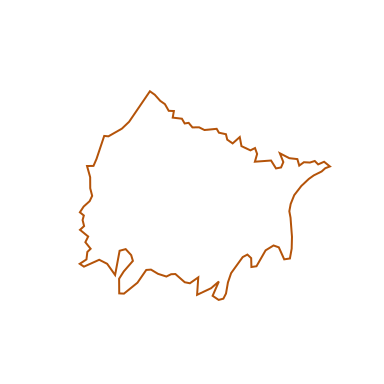 the district of Esperança do Sul, Rio Grande do Sul, Brazil, rotated 151°
{"feature_id": "56859067B78781577060325", "entity_name": "Esperança do Sul", "entity_type": "district", "adm_level": 2, "iso_a3": "BRA", "parent_name": "Brazil", "parent_adm1": "Rio Grande do Sul", "projection": "robinson", "projection_center": [-54.015, -27.331], "detail": "fine", "context": "isolated", "style": "outline", "palette": "amber", "viewbox_px": 384, "rotation_deg": 151, "n_neighbors": 0, "source": "geoboundaries", "source_scale": "gbopen_adm2", "svg_char_len": 1517}
<svg xmlns="http://www.w3.org/2000/svg" viewBox="0 0 384 384"><g transform="rotate(151 192 192)"><path d="M138.6,86.4L132.3,94.1L126.3,104.3L120.9,116.1L118.3,121.7L116.2,128.0L111.5,133.7L104.1,139.7L93.4,144.3L83.5,146.8L77.4,147.5L68.7,147.1L63.9,148.2L59.0,147.5L61.8,154.4L68.3,155.0L69.6,159.6L74.6,160.6L79.7,163.8L85.4,163.1L83.9,169.7L90.5,174.4L96.4,183.3L97.6,173.9L102.2,170.3L107.1,171.9L107.6,181.2L122.3,188.0L116.6,193.7L115.6,199.9L120.7,200.1L126.5,208.1L123.6,216.9L132.9,214.8L135.8,220.7L134.3,226.1L139.7,230.8L139.8,235.3L151.1,240.2L154.4,245.1L160.3,248.3L161.4,254.1L165.2,255.5L165.3,261.0L172.8,266.4L168.6,271.6L173.0,274.3L173.1,282.0L175.6,287.1L177.4,295.1L180.0,300.5L213.0,283.9L222.6,281.4L238.1,281.2L241.6,283.6L259.5,267.2L265.5,262.6L271.2,265.6L273.9,254.3L279.2,244.6L281.2,237.0L286.0,233.6L293.8,231.8L299.9,228.6L298.0,223.9L301.3,220.5L302.9,214.5L308.3,213.2L304.4,203.4L309.6,199.8L308.2,191.5L312.6,190.3L317.0,184.2L325.0,183.6L322.7,179.1L306.0,177.7L301.0,170.3L299.5,156.7L283.8,175.7L277.7,174.2L275.8,166.3L277.1,160.4L290.2,155.6L297.8,151.5L304.8,138.6L300.8,136.1L283.7,139.1L269.8,146.0L265.5,144.0L261.4,136.9L255.4,130.5L250.1,130.2L246.3,128.3L242.1,116.6L238.1,113.2L227.9,114.3L237.4,99.6L222.0,98.6L211.9,100.7L224.3,91.2L221.0,84.7L216.3,83.5L211.5,86.7L204.4,95.5L197.1,102.1L179.2,110.5L173.9,110.4L172.3,105.5L176.4,97.6L171.6,95.8L155.9,105.3L146.6,105.7L142.9,101.5L144.0,88.4L138.6,86.4Z" fill="none" stroke="#b45309" stroke-width="2"/></g></svg>